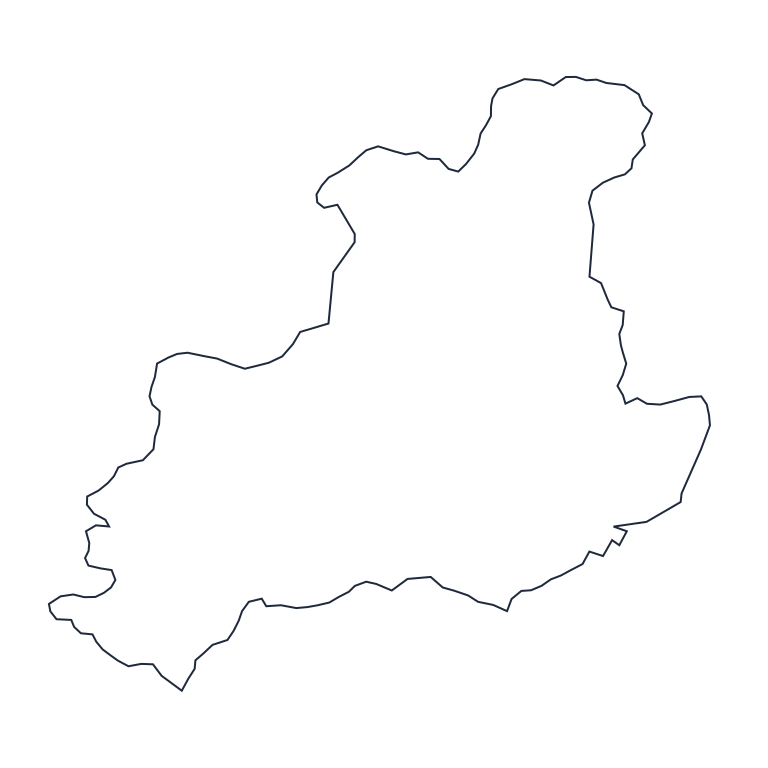 the district of Canela, Rio Grande do Sul, Brazil, rotated 272°
{"feature_id": "56859067B50689624337337", "entity_name": "Canela", "entity_type": "district", "adm_level": 2, "iso_a3": "BRA", "parent_name": "Brazil", "parent_adm1": "Rio Grande do Sul", "projection": "equal_earth", "projection_center": [-50.777, -29.344], "detail": "fine", "context": "isolated", "style": "outline", "palette": "slate", "viewbox_px": 768, "rotation_deg": 272, "n_neighbors": 0, "source": "geoboundaries", "source_scale": "gbopen_adm2", "svg_char_len": 2444}
<svg xmlns="http://www.w3.org/2000/svg" viewBox="0 0 768 768"><g transform="rotate(272 384 384)"><path d="M663.7,642.3L671.7,633.3L682.4,628.5L691.1,613.9L692.6,595.7L695.6,585.8L694.6,575.5L697.6,565.0L697.1,554.9L688.3,543.0L692.8,530.2L693.6,513.7L688.0,501.1L682.8,487.9L673.3,482.5L665.5,481.3L655.4,481.5L646.0,476.8L637.7,471.8L626.5,469.8L617.4,466.1L606.6,458.2L598.9,450.8L601.2,441.1L610.8,431.6L610.6,420.1L616.7,410.0L614.2,397.8L617.0,385.6L621.3,369.8L617.0,358.2L610.3,350.8L601.2,341.7L593.4,330.2L588.4,321.5L580.2,314.9L571.1,309.9L563.1,311.0L558.0,318.0L561.5,331.2L532.9,349.5L524.7,349.7L494.1,329.5L442.5,326.4L433.1,298.4L420.7,291.6L408.0,281.3L401.2,268.1L397.7,256.1L394.4,244.4L398.5,230.5L403.6,216.3L405.6,203.1L408.4,186.6L406.8,176.1L402.9,167.6L396.5,156.5L383.0,154.8L372.8,151.7L363.5,150.1L355.3,153.2L349.0,160.8L335.9,160.6L323.0,156.9L310.8,155.9L299.4,145.7L295.3,129.4L291.3,121.4L282.4,117.3L275.4,111.5L267.5,102.4L261.2,91.3L253.0,91.3L244.2,98.7L238.6,110.3L232.0,114.2L232.7,101.0L226.4,91.3L214.8,95.0L206.9,94.6L199.6,91.3L192.2,95.0L189.9,106.8L188.5,118.3L178.8,122.4L171.2,118.3L165.6,111.5L161.1,103.0L160.5,91.9L162.8,80.8L160.5,68.2L152.5,56.8L145.1,58.5L137.5,64.9L137.3,79.7L130.4,82.8L124.3,89.8L123.6,101.4L116.3,105.5L108.9,112.1L103.0,120.6L98.2,127.8L93.0,138.5L95.8,151.1L95.8,162.9L84.6,171.9L77.5,182.3L70.4,192.6L82.8,198.8L92.7,204.7L101.3,205.2L108.5,213.0L117.3,221.7L122.7,236.5L132.0,242.3L142.2,247.0L152.1,250.1L161.6,256.5L165.2,269.3L157.8,274.1L159.3,288.7L157.0,304.2L158.4,315.3L160.4,324.8L163.7,337.0L169.7,346.4L175.1,356.1L181.2,361.9L185.8,373.1L183.9,383.2L177.9,399.0L190.0,414.3L192.8,437.4L182.7,449.8L179.9,461.3L175.6,475.5L169.6,485.6L167.0,500.9L161.3,514.9L173.6,519.0L182.0,528.5L183.0,538.2L187.8,548.5L194.6,557.6L198.7,567.3L204.5,577.2L211.0,588.7L223.7,595.1L219.7,608.9L235.9,617.4L231.1,624.8L245.3,631.8L249.5,618.4L255.4,651.2L276.4,684.6L285.0,685.2L329.8,703.1L354.1,711.2L364.3,709.9L374.8,707.3L382.7,701.5L381.7,689.5L377.1,674.7L373.1,660.9L373.4,647.5L378.7,637.6L372.8,626.0L381.1,623.2L390.2,617.4L401.2,622.3L412.8,625.4L423.5,621.7L431.0,619.4L442.2,617.4L451.3,620.5L465.0,621.1L468.6,608.5L476.2,604.6L492.4,597.4L498.4,585.6L550.8,587.9L572.3,582.5L584.5,585.6L592.8,595.7L598.4,606.9L601.9,617.4L608.2,623.8L617.1,624.8L631.7,636.4L643.5,633.3L655.1,639.6L663.7,642.3Z" fill="none" stroke="#1e293b" stroke-width="2"/></g></svg>